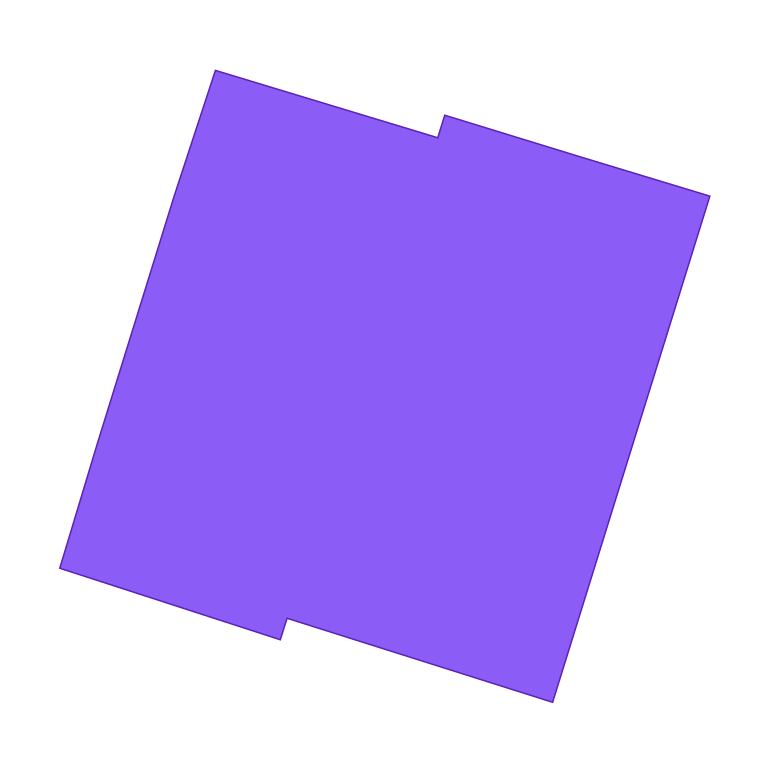 the district of Midland, Michigan, United States of America, rotated 197°
{"feature_id": "52423323B20736301303757", "entity_name": "Midland", "entity_type": "district", "adm_level": 2, "iso_a3": "USA", "parent_name": "United States of America", "parent_adm1": "Michigan", "projection": "equal_earth", "projection_center": [-84.371, 43.647], "detail": "fine", "context": "isolated", "style": "filled", "palette": "violet", "viewbox_px": 768, "rotation_deg": 197, "n_neighbors": 0, "source": "geoboundaries", "source_scale": "gbopen_adm2", "svg_char_len": 315}
<svg xmlns="http://www.w3.org/2000/svg" viewBox="0 0 768 768"><g transform="rotate(197 384 384)"><path d="M127.3,658.9L265.9,658.6L404.5,658.8L404.6,635.2L636.9,634.6L639.6,502.6L640.7,242.5L640.2,113.0L408.4,109.1L408.2,131.6L129.7,128.9L127.3,658.9Z" fill="#8b5cf6" stroke="#5b21b6" stroke-width="1.5"/></g></svg>